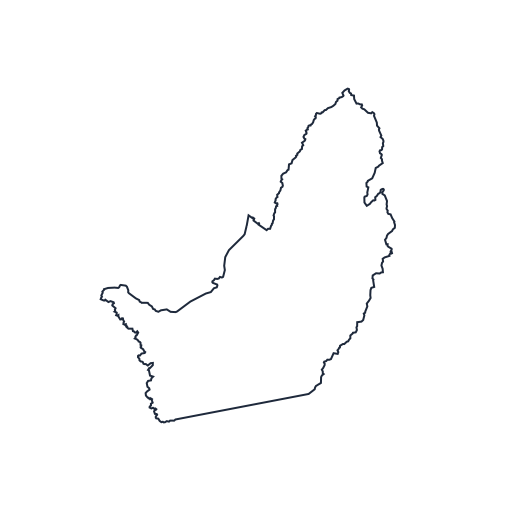 Unincorporated ACT, Australian Capital Territory, Australia (Albers equal-area conic projection), rotated 205°
{"feature_id": "25037944B15172244637897", "entity_name": "Unincorporated ACT", "entity_type": "district", "adm_level": 2, "iso_a3": "AUS", "parent_name": "Australia", "parent_adm1": "Australian Capital Territory", "projection": "albers", "projection_center": [149.092, -35.522], "detail": "fine", "context": "isolated", "style": "outline", "palette": "slate", "viewbox_px": 512, "rotation_deg": 205, "n_neighbors": 0, "source": "geoboundaries", "source_scale": "gbopen_adm2", "svg_char_len": 6118}
<svg xmlns="http://www.w3.org/2000/svg" viewBox="0 0 512 512"><g transform="rotate(205 256 256)"><path d="M304.7,107.1L301.5,102.8L298.3,103.2L299.1,100.9L298.6,98.9L301.0,97.2L301.3,94.6L299.1,91.6L296.9,91.0L296.0,89.9L297.5,87.2L298.1,85.1L296.8,83.0L294.4,81.9L293.6,82.1L293.2,81.6L292.3,81.6L291.9,82.2L291.4,81.6L290.5,82.5L289.7,82.3L289.8,81.6L287.7,79.4L288.8,77.7L288.0,76.1L288.7,74.6L288.4,73.7L286.4,73.6L285.2,74.9L283.9,74.6L282.9,75.3L281.6,75.0L281.8,74.2L282.6,73.7L282.7,72.1L280.9,70.2L279.2,70.8L278.5,70.3L279.0,68.2L278.5,67.1L277.8,66.7L275.8,67.3L273.6,65.8L271.5,65.4L270.4,66.4L269.3,66.2L268.2,66.9L267.1,68.6L264.9,69.1L264.3,70.5L260.6,72.2L259.9,73.8L150.0,153.2L146.5,160.0L146.9,161.9L146.7,163.6L143.5,168.4L145.8,173.7L145.8,175.6L144.8,177.6L145.9,177.9L146.7,179.6L148.3,180.8L147.8,182.8L147.7,186.1L148.2,187.4L149.5,188.2L149.5,189.1L148.0,190.4L147.5,192.2L145.9,192.8L144.5,194.2L144.6,200.7L140.6,201.8L140.8,203.7L142.3,205.0L141.9,206.1L141.8,208.1L141.3,208.6L141.9,210.2L140.0,213.0L138.8,213.5L137.5,216.7L136.4,217.6L136.3,219.6L135.7,221.2L136.9,223.8L135.6,226.7L135.7,227.4L133.4,228.9L133.3,229.7L133.3,231.6L134.8,233.8L134.7,235.2L136.3,238.8L132.7,241.1L131.8,243.3L132.7,248.0L134.0,249.4L133.1,250.7L133.5,251.9L133.8,257.4L135.5,259.7L134.7,263.2L134.4,266.4L135.9,268.8L137.8,273.5L138.0,275.9L135.8,277.9L139.5,283.4L139.6,284.3L141.0,284.9L142.0,287.7L139.9,291.1L136.5,292.4L135.6,294.0L134.1,294.9L135.8,297.9L138.3,300.4L138.9,303.1L138.5,304.7L140.0,307.0L138.8,309.1L135.1,312.5L135.6,313.1L135.4,315.3L134.5,315.3L133.9,316.0L134.9,317.2L135.9,317.3L135.7,319.0L136.2,319.9L140.0,320.3L141.1,320.8L141.7,322.3L142.8,321.7L145.9,325.2L145.4,327.6L145.9,329.8L145.6,331.8L143.2,336.2L143.2,338.0L142.1,340.2L143.1,342.8L145.1,345.0L145.1,345.7L148.6,347.9L151.6,350.6L153.9,350.1L155.4,351.2L155.8,352.8L157.4,353.7L157.9,354.4L158.3,356.6L159.4,357.9L160.5,361.2L164.9,365.3L167.7,365.7L168.4,366.8L168.0,369.5L168.3,370.3L169.0,370.6L169.8,370.2L170.9,368.7L170.3,366.4L170.5,365.2L171.5,364.1L171.9,361.4L172.8,359.6L171.5,357.3L172.2,356.3L173.3,356.0L174.4,353.4L174.8,351.4L176.8,348.3L180.3,350.3L182.5,354.7L182.6,355.7L181.0,357.2L180.9,358.9L182.0,360.6L183.2,365.7L185.1,365.7L186.8,368.8L186.2,370.7L186.4,371.4L183.5,375.5L183.6,381.6L184.7,386.4L182.9,388.7L182.8,389.7L180.4,393.8L182.1,395.6L182.7,396.9L184.3,397.6L184.7,400.8L185.5,401.4L187.0,401.5L188.3,403.1L188.2,404.3L187.1,404.9L186.8,405.9L187.7,408.0L187.1,409.4L188.7,411.9L188.7,413.3L189.3,414.4L190.6,415.6L193.4,416.4L193.3,418.1L197.4,421.6L198.1,422.7L198.1,423.9L201.4,425.3L202.9,428.0L208.3,432.9L208.6,434.6L209.6,435.3L211.4,435.5L211.9,434.0L215.0,433.1L219.8,434.7L221.8,434.5L223.5,435.1L223.4,437.3L224.2,438.1L225.8,437.4L227.9,437.4L229.3,436.6L233.3,439.7L235.0,442.8L237.7,442.1L238.5,443.4L240.0,443.5L241.6,444.6L241.9,446.1L242.4,446.6L243.7,446.4L245.7,443.5L246.7,440.3L244.5,438.4L244.5,437.8L245.5,436.2L247.3,434.9L247.2,434.3L248.4,432.7L247.8,431.2L248.6,429.4L248.3,427.3L249.4,424.8L250.7,422.8L253.3,420.4L254.3,417.9L255.4,417.2L256.3,414.4L257.2,413.9L257.1,413.0L258.0,412.0L261.3,411.3L261.7,410.1L261.2,408.8L261.5,407.6L260.5,407.2L260.2,405.9L260.8,405.1L261.1,403.6L260.7,401.2L261.1,399.1L261.7,398.4L261.7,397.3L262.8,397.0L263.4,396.2L263.1,394.6L263.4,393.7L262.6,392.7L263.1,392.4L263.8,390.7L263.2,390.5L263.2,389.8L262.1,388.8L262.0,388.0L263.3,386.1L263.3,384.0L261.7,382.8L260.7,382.8L260.5,382.1L260.6,380.9L262.2,378.1L260.0,376.4L260.6,374.9L259.6,372.4L260.6,371.0L260.5,369.3L261.9,366.3L261.3,365.2L262.1,363.7L261.5,363.0L261.8,361.9L263.5,358.4L262.9,355.0L264.8,353.0L263.0,348.0L263.7,347.2L264.1,344.5L266.2,342.1L266.9,339.4L265.6,336.8L264.7,336.6L265.1,335.0L265.0,333.8L263.0,333.3L261.4,331.1L261.3,329.9L262.2,328.4L261.6,325.7L262.0,323.4L261.7,322.6L262.7,320.5L261.5,318.5L262.0,317.9L262.3,315.8L261.8,315.0L261.6,312.4L260.3,312.2L259.0,312.8L258.4,312.1L258.4,310.7L258.0,310.3L258.8,309.5L258.3,307.6L258.5,306.5L257.1,303.5L257.5,302.5L257.2,300.1L256.5,299.7L255.2,296.8L255.5,295.5L254.8,292.6L255.2,291.9L254.8,290.9L255.1,289.8L254.7,286.6L256.6,285.7L257.3,283.9L266.8,285.5L266.8,286.6L267.3,287.0L268.1,286.0L273.2,287.1L273.4,289.2L275.0,289.5L275.1,288.8L279.9,289.7L277.2,279.4L276.8,279.3L277.2,279.2L275.5,270.9L276.0,268.8L283.0,249.9L283.4,242.0L280.7,233.7L278.3,230.1L277.0,223.2L277.8,222.1L279.8,221.8L280.2,219.9L281.3,218.9L283.7,218.1L283.9,216.3L284.8,214.6L284.4,213.7L283.7,213.4L279.1,213.7L278.5,212.9L278.3,211.0L280.5,209.0L281.7,204.2L285.6,200.8L296.2,187.0L304.1,172.3L305.1,171.2L309.8,169.3L314.3,169.9L319.2,166.6L320.9,164.2L323.7,163.9L325.2,164.8L326.8,164.5L329.1,166.3L332.2,166.7L334.3,167.8L339.6,165.4L338.9,164.9L339.7,165.4L342.1,165.5L343.3,166.7L346.9,166.8L355.6,168.6L356.5,169.1L357.3,171.0L360.0,173.6L361.5,174.1L366.4,172.6L366.8,171.9L366.8,169.8L367.4,168.8L370.8,167.6L376.6,164.5L379.7,161.7L379.4,161.2L380.2,158.8L379.4,157.9L379.5,154.9L378.4,154.0L378.7,153.1L378.5,151.2L375.3,151.3L374.3,151.7L374.1,152.7L370.3,151.9L368.8,153.6L365.5,153.9L364.8,153.2L365.6,151.6L365.3,150.4L361.2,149.3L361.2,147.6L360.2,146.5L360.6,145.8L358.3,145.8L357.7,144.3L357.7,143.2L356.2,143.3L355.7,144.2L355.1,143.0L352.2,141.1L351.4,141.6L351.1,143.0L350.2,143.2L349.6,142.1L347.8,140.8L347.9,139.7L347.4,138.2L346.2,138.3L345.3,139.1L345.0,138.1L344.1,138.3L343.6,137.8L343.7,137.1L343.0,136.8L342.5,137.1L342.1,136.6L340.9,136.2L337.3,137.9L335.8,135.9L334.8,136.1L333.5,135.5L332.5,135.8L331.8,137.6L330.4,136.8L330.6,133.7L331.1,133.3L331.2,131.9L330.7,131.2L331.0,130.0L328.9,130.1L327.0,129.6L326.3,128.9L324.8,129.0L324.0,128.6L323.1,126.6L322.2,126.6L321.8,125.2L322.1,124.6L321.7,124.2L318.8,123.8L317.2,122.5L315.8,122.1L315.9,121.0L318.5,119.2L319.2,116.6L320.4,116.3L320.7,115.6L320.2,114.4L318.3,113.6L317.5,112.2L315.9,111.7L314.8,112.1L313.7,112.0L312.5,110.8L311.6,110.8L310.2,111.5L307.8,111.0L306.2,114.3L304.3,115.5L303.4,113.4L304.8,109.4L305.4,109.3L305.7,107.1L304.7,107.1Z" fill="none" stroke="#1e293b" stroke-width="2"/></g></svg>